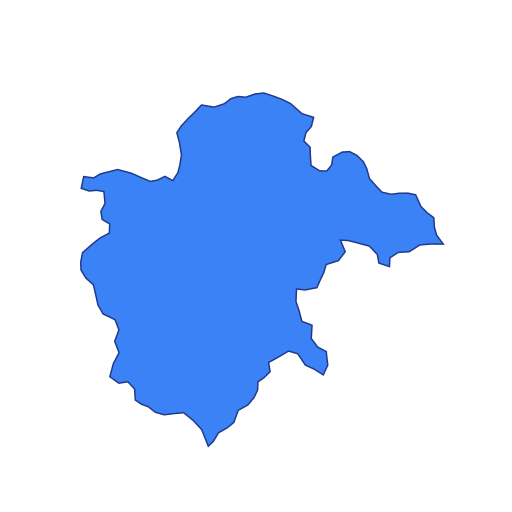 Lamim, Minas Gerais, Brazil, rotated 159°
{"feature_id": "56859067B83633807690549", "entity_name": "Lamim", "entity_type": "district", "adm_level": 2, "iso_a3": "BRA", "parent_name": "Brazil", "parent_adm1": "Minas Gerais", "projection": "robinson", "projection_center": [-43.481, -20.776], "detail": "fine", "context": "isolated", "style": "filled", "palette": "blue", "viewbox_px": 512, "rotation_deg": 159, "n_neighbors": 0, "source": "geoboundaries", "source_scale": "gbopen_adm2", "svg_char_len": 1898}
<svg xmlns="http://www.w3.org/2000/svg" viewBox="0 0 512 512"><g transform="rotate(159 256 256)"><path d="M224.7,141.6L231.0,148.8L234.0,159.1L228.5,171.3L236.6,178.5L235.4,189.4L235.0,199.2L230.0,210.7L222.3,206.7L210.5,204.6L204.5,210.7L198.8,216.1L193.5,222.9L180.8,222.1L171.2,228.0L171.5,240.6L164.2,237.3L155.8,231.3L146.6,224.6L142.2,214.0L143.8,205.4L135.2,198.3L131.6,206.4L121.8,208.4L111.5,205.1L99.0,207.6L88.6,204.6L76.9,200.0L79.9,210.7L79.2,218.6L76.3,228.0L80.6,234.8L84.3,243.2L85.0,255.9L91.6,260.2L99.6,263.2L107.7,265.2L115.5,270.4L119.0,278.7L122.3,287.6L121.3,297.8L122.0,305.6L125.8,313.8L131.2,319.9L138.2,322.1L148.8,320.8L152.8,313.8L159.5,310.0L166.1,312.7L172.2,320.8L169.1,330.8L166.5,338.1L170.1,346.2L165.1,353.3L157.9,357.1L152.5,364.8L162.1,372.4L169.1,385.9L175.9,393.2L183.4,399.8L190.4,405.4L198.8,407.6L208.7,407.9L215.7,411.4L223.0,411.9L231.0,409.5L241.7,410.0L252.7,416.5L262.9,411.7L270.0,408.7L279.0,404.3L285.7,399.5L286.9,388.9L289.4,377.0L294.6,368.1L298.9,361.9L306.6,356.2L312.5,363.0L320.9,362.2L327.9,363.5L334.5,369.8L342.6,377.9L354.2,386.3L364.6,387.6L371.9,388.4L379.6,387.1L388.4,391.9L394.9,381.8L388.5,376.5L381.1,374.4L374.9,370.6L378.1,359.2L384.8,353.3L386.5,345.2L381.1,338.4L384.7,330.0L395.1,328.7L404.2,325.9L416.7,321.3L421.8,313.2L424.4,305.6L422.8,296.5L418.1,287.3L419.5,277.5L421.1,267.0L419.5,256.7L410.4,247.0L410.5,236.1L418.5,227.0L418.5,214.8L427.7,206.7L435.7,195.7L429.6,186.4L420.7,184.5L417.0,175.4L420.3,164.8L416.0,158.6L410.5,153.8L406.0,146.2L398.7,140.7L389.1,138.3L379.7,135.6L373.4,124.7L368.9,113.2L368.7,95.5L362.1,98.3L354.4,104.4L344.5,105.9L336.3,108.6L327.9,118.3L316.9,119.9L308.5,124.6L302.6,130.2L299.3,137.8L292.0,139.6L284.3,142.9L282.4,152.1L272.9,153.4L259.7,155.6L252.0,149.7L249.0,136.4L242.1,129.4L235.8,120.9L228.1,128.4L224.7,141.6Z" fill="#3b82f6" stroke="#1e3a8a" stroke-width="1.5"/></g></svg>